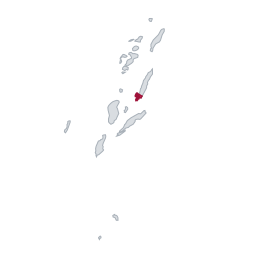 Gao-Bugotu, Isabel, Solomon Islands (highlighted), rotated 74°
{"feature_id": "97153195B92120906809587", "entity_name": "Gao-Bugotu", "entity_type": "district", "adm_level": 2, "iso_a3": "SLB", "parent_name": "Solomon Islands", "parent_adm1": "Isabel", "projection": "equal_earth", "projection_center": [159.757, -8.429], "detail": "fine", "context": "in_parent", "style": "filled", "palette": "rose", "viewbox_px": 256, "rotation_deg": 74, "n_neighbors": 0, "source": "geoboundaries", "source_scale": "gbopen_adm2", "svg_char_len": 6436}
<svg xmlns="http://www.w3.org/2000/svg" viewBox="0 0 256 256"><g transform="rotate(74 128 128)"><path d="M100.9,129.4L104.8,133.2L106.4,132.8L111.5,132.9L114.6,135.6L116.3,136.9L117.3,139.3L118.6,139.9L119.3,141.1L119.7,143.4L117.9,144.6L116.7,145.0L113.8,144.2L110.9,142.4L105.3,142.2L102.7,141.7L101.8,141.0L101.0,140.2L99.6,138.0L98.6,135.5L98.4,134.1L98.3,131.3L98.7,130.3L99.7,129.3L100.9,129.4ZM118.6,106.5L122.9,113.6L122.8,114.9L122.2,115.7L122.0,118.1L122.5,119.0L123.7,119.4L125.8,122.0L126.7,126.0L127.5,127.4L127.5,130.4L129.5,134.5L129.6,136.5L129.4,137.4L128.6,136.9L126.3,132.2L123.7,130.2L123.4,129.3L120.7,126.6L118.9,122.0L117.0,113.8L117.9,111.9L115.7,107.9L115.8,106.9L117.4,107.1L117.7,106.6L118.6,106.5ZM102.6,110.1L103.2,112.3L100.8,110.3L99.0,107.9L93.8,105.2L92.7,103.9L91.8,103.7L89.2,101.5L86.6,100.0L84.6,97.3L83.6,96.8L82.0,94.7L80.4,93.3L79.9,90.7L78.3,88.9L77.9,88.2L82.9,89.6L85.1,92.4L87.1,94.0L87.8,95.2L89.5,96.7L91.1,96.9L92.7,98.5L94.1,98.9L95.2,99.7L102.5,106.8L101.6,108.7L102.6,110.1ZM135.6,155.9L137.8,157.3L139.1,157.0L141.0,158.0L142.4,157.5L143.3,158.7L145.6,163.5L145.6,165.1L147.1,166.2L145.9,166.4L144.1,165.9L142.7,166.3L141.3,165.3L138.9,164.8L136.8,163.7L132.4,160.1L132.4,158.3L131.7,157.5L131.5,155.3L130.0,154.6L128.1,154.4L128.0,153.4L128.3,151.5L129.7,151.6L131.3,152.3L135.6,155.9ZM60.7,83.1L61.3,83.9L59.9,85.3L58.1,84.5L57.7,83.3L56.4,83.6L53.9,82.9L50.4,79.5L46.7,73.0L43.1,69.5L42.5,68.4L42.4,66.5L42.8,65.8L45.1,66.6L47.9,69.5L52.6,72.6L53.9,74.1L54.7,77.9L55.5,79.0L58.1,81.9L60.7,83.1ZM65.7,104.8L66.8,106.8L68.1,111.1L67.9,112.6L66.9,112.7L66.7,113.6L65.4,111.5L63.8,110.9L62.6,109.7L62.0,105.5L61.1,105.2L58.4,105.6L57.5,107.0L56.3,106.5L56.0,105.3L56.2,104.1L57.9,102.9L58.2,101.3L59.8,98.7L60.8,98.2L62.8,99.2L63.0,103.0L63.7,104.2L65.7,104.8ZM115.4,189.4L114.2,190.2L113.1,189.8L112.2,189.1L111.5,187.3L110.0,186.2L107.9,185.7L106.8,184.5L105.3,184.2L104.9,183.2L105.0,182.2L105.3,181.6L106.6,182.1L113.2,186.9L115.4,189.4ZM46.6,97.2L46.3,97.5L45.7,96.2L45.2,95.8L45.3,94.4L43.5,92.1L43.3,90.4L44.3,88.9L45.7,89.8L47.1,91.8L48.7,92.4L48.4,93.7L47.0,96.1L46.6,97.2ZM55.5,101.0L54.8,102.0L52.9,101.8L51.4,99.4L51.4,97.6L52.6,95.9L54.0,95.6L54.7,96.2L55.4,97.6L55.7,99.4L55.5,101.0ZM71.8,115.3L70.1,117.2L68.8,116.6L67.7,115.0L68.3,112.5L69.3,112.0L69.9,111.1L71.7,111.8L72.2,112.3L71.1,113.5L71.7,114.4L71.8,115.3ZM213.5,164.7L210.6,165.2L209.4,166.9L207.9,166.7L207.5,165.3L207.4,164.6L208.2,164.7L208.7,163.4L209.6,162.7L211.6,162.4L214.0,163.1L213.4,164.4L213.5,164.7ZM132.6,137.8L132.7,141.2L131.4,139.3L130.8,140.0L130.2,139.1L130.3,135.1L129.4,131.3L130.2,131.6L132.6,137.8ZM59.1,116.0L59.1,116.4L58.1,115.7L55.9,112.5L56.3,111.4L58.3,109.3L58.9,109.1L59.4,110.4L59.0,112.3L58.3,112.8L58.1,114.5L59.1,116.0ZM108.3,122.8L109.8,123.0L112.5,126.2L111.8,127.2L110.6,126.7L110.2,126.9L109.8,125.8L108.4,124.9L107.1,124.8L107.0,123.7L108.3,122.8ZM90.9,125.8L88.8,125.5L88.2,124.7L89.0,123.5L89.9,122.7L90.7,123.4L91.6,123.6L91.7,125.1L90.9,125.8ZM31.5,77.5L29.7,78.1L28.6,77.3L29.1,75.5L29.7,74.5L32.0,76.2L31.5,77.5ZM99.8,111.1L98.9,111.5L97.7,110.6L97.1,109.8L97.4,108.6L98.1,108.1L98.9,108.9L99.0,109.8L99.8,111.1ZM227.4,186.2L225.8,186.6L225.2,186.5L224.2,184.5L224.9,184.0L226.1,184.2L226.4,185.4L227.4,186.2ZM63.6,117.1L63.6,118.0L62.6,117.7L60.3,116.4L60.2,115.9L61.5,115.7L62.4,115.8L63.6,117.1ZM45.3,101.3L44.9,103.7L44.0,100.8L44.2,98.3L44.5,98.0L45.3,101.3ZM74.4,118.0L73.1,118.7L72.6,117.8L73.6,115.2L74.4,118.0Z" fill="#d9dde1" stroke="#a8b0b8" stroke-width="1"/><path d="M99.1,108.2L99.2,108.5L99.4,108.7L99.4,108.8L99.6,109.0L99.7,108.8L99.8,108.9L99.9,109.0L100.0,109.0L100.1,108.8L100.0,109.0L99.8,109.3L100.0,109.3L100.0,109.5L100.1,109.9L100.0,109.7L100.0,109.8L100.3,110.0L100.5,110.0L100.7,110.3L100.8,110.4L101.0,110.4L101.0,110.5L100.9,110.5L100.9,110.8L101.0,110.9L101.2,111.0L101.3,111.0L101.3,110.9L101.5,110.9L101.5,111.0L101.6,111.3L101.7,111.5L101.8,111.6L101.9,111.8L102.0,111.9L102.1,112.1L102.3,112.2L102.6,112.3L102.8,112.5L103.0,112.6L103.4,112.5L103.4,112.3L103.5,112.2L103.4,112.2L103.2,112.1L103.2,111.9L103.1,112.0L103.0,111.9L103.1,111.7L102.9,111.4L102.9,111.6L102.7,111.6L102.8,111.5L102.7,111.3L102.8,111.3L102.8,111.2L102.6,111.1L102.7,110.9L102.7,111.0L102.8,111.0L103.0,110.9L102.9,110.6L102.9,110.4L102.8,110.5L102.7,110.4L102.6,110.2L102.6,109.9L102.3,109.9L102.3,110.0L102.0,110.0L101.8,110.1L102.0,109.9L102.2,109.6L102.0,109.4L102.0,109.5L101.9,109.4L102.0,109.3L102.0,109.2L101.9,109.1L101.8,109.3L101.7,109.2L101.7,109.3L101.6,109.2L101.6,109.3L101.5,109.5L101.4,109.6L101.4,109.8L101.3,109.6L101.2,109.3L101.2,109.1L101.3,109.0L101.3,108.9L101.2,108.8L100.9,108.8L100.9,108.7L100.7,108.6L100.9,108.5L101.0,108.4L101.1,108.5L101.4,108.5L101.5,108.7L101.8,108.4L101.9,108.5L101.9,108.2L102.0,108.1L102.0,107.9L102.2,107.7L102.4,107.7L102.5,107.5L102.6,107.4L102.7,107.2L102.3,106.9L102.1,106.7L101.9,106.5L101.8,106.4L101.6,106.3L101.5,106.1L101.4,106.0L101.4,105.9L101.3,105.7L101.1,105.7L101.0,105.9L101.0,106.1L99.3,107.6L99.2,107.7L99.1,107.8L99.2,108.1L99.1,108.2ZM98.8,108.4L96.8,109.7L96.8,109.8L96.9,110.1L97.1,110.5L97.3,110.6L97.4,110.8L97.5,110.9L97.7,111.1L97.8,111.0L97.8,110.9L98.0,110.9L97.9,111.0L98.0,110.9L98.1,111.0L98.3,111.1L98.3,111.3L98.4,111.6L98.5,111.7L98.5,111.8L98.7,112.0L98.8,112.0L99.0,112.0L99.3,112.2L99.5,112.2L99.7,111.9L99.8,111.8L99.6,111.7L99.8,111.6L100.0,111.5L100.0,111.4L99.9,111.3L99.9,111.2L99.7,111.2L99.7,111.3L99.6,111.2L99.8,111.0L99.7,110.9L99.4,110.9L99.2,110.7L99.1,110.9L98.9,111.0L98.9,110.9L98.9,110.7L99.0,110.6L99.2,110.4L98.9,110.4L98.8,110.2L98.7,110.0L98.7,109.9L98.8,109.9L98.7,109.8L98.7,109.7L98.8,109.7L98.9,109.4L98.9,109.1L98.9,108.8L98.9,108.6L98.9,108.4L98.8,108.4ZM103.9,111.6L103.9,111.3L103.7,111.1L103.7,111.4L103.8,111.5L103.9,111.6ZM102.2,108.6L102.0,108.8L101.9,108.9L101.8,109.0L101.9,108.9L102.1,108.9L102.1,108.7L102.2,108.6ZM99.1,109.9L99.0,110.0L98.9,109.9L98.9,110.0L98.9,109.9L98.8,110.0L99.1,109.9ZM103.1,112.8L102.9,112.6L103.0,112.8L103.1,112.8ZM103.2,111.5L103.2,111.4L103.0,111.5L103.2,111.5ZM102.3,109.4L102.2,109.4L102.3,109.4ZM100.9,111.0L100.9,110.9L100.9,111.0ZM102.3,108.9L102.2,109.0L102.3,109.0L102.3,108.9ZM99.3,110.4L99.3,110.5L99.3,110.4ZM99.8,109.4L99.7,109.4L99.8,109.4ZM103.1,112.8L103.1,112.7L103.1,112.8ZM100.7,108.5L100.8,108.5L100.7,108.5L100.7,108.5Z" fill="#f43f5e" stroke="#9f1239" stroke-width="1.5"/></g></svg>